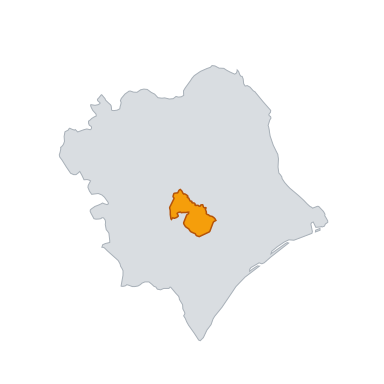 Ivory Coast, with Marahoué highlighted, rotated 328°
{"feature_id": "CIV-3444", "entity_name": "Marahoué", "entity_type": "Department", "adm_level": 1, "iso_a3": "CIV", "parent_name": "Ivory Coast", "parent_adm1": "", "projection": "robinson", "projection_center": [-5.831, 7.116], "detail": "fine", "context": "in_parent", "style": "filled", "palette": "amber", "viewbox_px": 384, "rotation_deg": 328, "n_neighbors": 0, "source": "natural_earth", "source_scale": "10m", "svg_char_len": 5954}
<svg xmlns="http://www.w3.org/2000/svg" viewBox="0 0 384 384"><g transform="rotate(328 192 192)"><path d="M104.3,84.5L105.4,84.5L108.2,83.5L110.7,81.5L113.0,77.1L116.2,73.6L119.8,73.9L120.8,73.3L122.1,73.1L123.6,75.4L125.1,77.2L126.1,77.2L126.9,80.5L133.4,81.9L136.2,82.8L138.6,85.2L139.4,85.3L140.4,84.8L141.1,83.9L141.3,83.0L140.3,80.8L140.7,78.9L141.8,77.1L143.5,77.0L146.0,76.5L148.9,76.5L151.1,76.8L151.9,75.1L151.1,70.2L151.3,67.5L151.7,65.2L152.5,64.3L155.7,67.1L158.6,68.2L160.8,68.2L161.3,67.7L160.4,64.6L160.7,63.6L161.5,63.1L162.9,62.8L166.6,61.5L167.0,61.7L167.7,66.7L167.4,68.3L168.2,71.6L169.1,74.8L169.1,76.0L168.3,77.9L167.3,79.7L167.4,80.4L168.9,81.6L171.8,82.9L174.8,83.2L176.4,81.4L178.1,79.9L179.3,78.6L179.7,76.6L181.6,75.2L187.0,73.4L192.0,73.1L193.2,73.7L195.4,76.4L198.2,78.3L202.6,78.1L205.7,79.2L208.4,81.3L210.2,85.9L212.2,89.2L213.1,94.0L216.2,96.5L218.7,97.7L222.0,101.1L225.5,102.9L229.1,102.5L230.7,104.3L233.4,105.6L236.1,105.7L238.4,101.7L241.5,100.1L249.4,96.9L252.4,95.5L255.6,94.5L263.1,94.2L270.1,95.2L273.6,96.0L276.0,95.4L278.3,97.3L280.6,101.3L282.5,102.6L284.5,104.0L285.9,107.1L287.7,110.2L288.6,111.6L290.7,114.7L292.5,114.7L294.3,113.4L295.0,112.4L295.4,114.4L294.7,117.7L294.8,119.8L295.8,120.5L295.3,123.2L293.2,127.6L293.2,130.3L295.3,131.1L296.8,133.9L297.6,138.7L298.5,140.3L298.6,141.3L300.1,152.9L302.0,164.5L300.8,166.0L299.2,166.5L298.2,167.0L297.9,168.1L298.6,169.7L298.1,171.2L296.1,172.2L291.8,175.9L291.5,177.3L290.3,180.5L289.4,182.4L287.9,186.0L285.7,195.4L284.9,203.2L284.7,205.6L283.9,207.3L282.9,209.7L278.2,216.4L275.7,221.9L276.1,224.3L276.2,226.7L275.5,228.4L275.6,233.0L276.2,236.9L277.0,240.7L280.5,251.5L282.3,258.0L283.4,263.3L284.4,266.8L285.3,268.2L285.7,269.6L290.8,270.6L291.8,271.4L293.2,278.2L293.0,281.3L292.0,282.5L292.0,285.1L291.8,288.4L291.0,289.7L288.2,289.8L286.2,291.1L283.7,290.6L283.4,289.8L282.1,289.5L278.3,287.6L278.9,281.7L277.1,281.4L275.8,282.2L273.1,289.4L271.8,290.6L252.9,286.9L248.8,283.9L243.9,283.3L235.3,283.6L228.3,284.5L226.2,286.3L244.1,285.2L246.0,285.4L246.9,286.5L224.3,288.9L215.7,290.3L213.2,289.9L211.3,287.6L201.9,287.3L200.0,288.1L198.8,289.8L202.5,289.4L208.3,289.3L209.9,290.6L191.7,292.3L179.1,295.5L173.8,297.9L156.2,305.7L145.4,309.4L142.6,310.8L137.8,314.6L131.5,317.0L124.5,321.5L120.2,322.5L119.2,321.1L119.1,313.5L118.5,303.2L118.7,299.3L119.3,295.7L119.3,292.6L121.4,291.5L122.0,290.2L122.3,286.3L124.3,282.6L124.4,276.4L125.0,275.1L125.4,273.4L124.6,269.3L123.5,261.5L122.9,261.0L122.4,261.3L121.3,261.5L116.9,258.8L113.5,258.3L111.1,256.0L111.0,253.4L109.8,251.9L109.0,248.8L107.8,245.4L104.5,243.3L101.3,242.8L99.1,243.2L96.4,243.1L93.4,241.9L91.3,240.6L89.4,238.1L87.6,236.0L86.1,236.3L84.3,235.8L82.6,234.9L82.0,234.2L89.3,226.1L91.8,222.2L92.1,219.7L92.1,217.3L92.9,214.8L93.1,211.0L89.1,197.2L88.1,192.9L87.0,191.6L86.3,191.1L88.3,189.4L91.2,189.8L95.5,191.2L96.4,189.8L99.7,182.9L99.6,180.3L99.3,178.5L101.2,173.7L102.7,171.8L103.5,169.8L103.3,167.1L102.1,166.1L100.6,166.3L98.8,165.6L96.1,164.1L94.7,162.7L95.1,156.4L95.4,154.4L96.3,153.3L97.9,153.0L102.1,152.8L105.6,153.5L108.6,153.9L110.3,153.9L111.6,155.8L113.3,157.7L114.9,157.7L115.4,156.3L115.0,150.0L114.0,146.7L111.7,143.6L105.7,140.8L105.5,137.0L106.2,132.9L107.5,131.4L111.9,128.8L111.1,127.4L109.7,125.9L106.9,124.4L107.5,119.5L107.7,115.1L105.3,115.6L102.8,115.8L100.8,114.5L99.0,111.8L98.7,104.5L98.7,96.0L98.4,92.2L99.1,90.2L101.2,88.4L103.5,86.0L104.3,84.5ZM281.2,290.7L280.3,292.3L275.5,291.3L276.6,289.9L281.2,290.7Z" fill="#d9dde1" stroke="#a8b0b8" stroke-width="1"/><path d="M197.2,228.8L194.7,228.7L193.6,229.2L186.4,234.7L185.4,235.0L174.5,233.7L172.8,231.6L172.5,230.2L172.7,229.2L171.4,227.3L170.0,225.2L169.7,223.7L169.7,222.3L169.7,221.6L168.3,218.5L168.1,217.6L168.1,216.8L168.1,215.4L168.2,214.7L168.4,214.0L168.8,213.5L175.3,208.7L176.1,208.6L177.2,208.5L177.6,208.4L177.9,208.2L178.0,207.9L178.5,207.3L177.0,206.5L176.1,206.3L175.3,205.7L174.9,205.5L173.3,204.5L172.3,204.1L172.1,204.0L171.9,203.8L171.9,203.7L171.7,203.1L171.4,202.7L169.8,202.2L169.1,202.1L168.6,202.2L168.4,202.2L168.0,202.3L167.9,202.5L167.9,203.9L167.8,204.5L167.6,205.1L166.9,205.3L166.1,205.4L165.1,205.4L163.9,205.1L163.4,205.1L163.1,204.9L162.8,204.7L162.6,204.4L162.3,204.1L162.0,203.7L161.7,203.7L161.2,203.8L160.8,204.1L160.0,204.4L159.9,203.6L161.6,199.7L163.6,196.4L164.0,195.5L164.3,194.4L164.7,193.5L165.1,193.1L172.2,188.7L173.2,188.0L173.4,187.8L173.5,187.5L173.5,187.3L173.4,186.6L173.4,186.3L173.5,185.8L174.5,184.8L175.7,183.8L176.1,183.7L176.6,183.8L179.4,185.1L180.0,184.8L180.7,184.4L181.4,183.9L181.9,183.7L182.3,183.6L183.4,183.6L183.8,185.1L183.9,185.7L183.7,188.5L183.8,188.9L183.8,189.2L184.0,189.3L184.3,189.5L184.5,189.5L184.9,189.9L185.3,190.5L186.0,192.0L186.2,192.8L186.3,193.3L186.2,193.5L185.6,193.8L185.3,193.8L185.4,194.5L185.5,194.7L186.0,195.4L185.7,198.0L185.8,198.8L186.0,199.1L186.5,199.3L186.8,199.7L186.9,200.0L186.7,200.4L186.4,200.6L186.3,200.9L186.3,201.0L186.7,201.5L186.8,201.6L186.9,201.8L187.1,201.9L187.6,202.1L187.8,202.3L188.0,202.5L188.2,203.0L188.3,203.2L188.2,203.5L188.1,203.9L188.2,204.1L187.9,204.4L187.7,204.5L187.7,204.9L188.0,205.3L188.1,205.5L188.3,205.6L188.5,205.7L188.9,205.7L189.2,205.8L189.8,206.4L190.2,206.7L190.3,206.9L190.3,207.2L190.4,207.6L190.6,207.8L190.9,208.1L191.1,208.2L191.3,208.2L191.5,208.3L191.7,208.2L191.9,208.1L192.0,208.0L192.1,207.9L192.3,207.8L192.7,207.7L192.9,207.8L193.2,207.9L194.1,208.3L194.3,208.5L194.0,209.9L193.8,210.4L193.8,210.7L193.8,211.0L193.9,211.4L194.1,211.7L194.2,211.9L194.4,212.1L194.6,212.2L194.7,212.3L195.4,212.5L195.5,212.7L195.5,212.8L195.4,213.0L195.2,213.1L194.8,213.4L194.4,213.5L194.2,214.0L194.1,214.3L193.8,215.5L193.7,216.1L193.5,216.8L192.8,217.5L192.7,218.3L193.0,219.0L194.0,220.3L194.2,221.2L194.5,221.7L196.3,223.6L196.4,223.9L196.8,224.9L197.1,225.8L197.3,226.7L197.2,228.7L197.2,228.8Z" fill="#f59e0b" stroke="#b45309" stroke-width="1.5"/></g></svg>